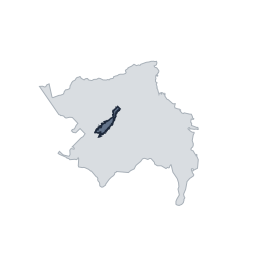 San José Del Guaviare, Guaviare, Colombia (highlighted), rotated 135°
{"feature_id": "7082276B34884302801431", "entity_name": "San José Del Guaviare", "entity_type": "district", "adm_level": 2, "iso_a3": "COL", "parent_name": "Colombia", "parent_adm1": "Guaviare", "projection": "albers", "projection_center": [-71.872, 2.469], "detail": "fine", "context": "in_parent", "style": "filled", "palette": "slate", "viewbox_px": 256, "rotation_deg": 135, "n_neighbors": 0, "source": "geoboundaries", "source_scale": "gbopen_adm2", "svg_char_len": 8638}
<svg xmlns="http://www.w3.org/2000/svg" viewBox="0 0 256 256"><g transform="rotate(135 128 128)"><path d="M146.0,42.2L143.6,43.2L139.0,44.4L135.8,49.5L133.6,50.4L131.0,53.5L129.0,57.3L127.5,65.0L123.5,71.5L123.8,71.8L125.4,71.5L126.9,70.8L127.4,71.0L128.0,72.2L129.8,72.5L131.2,77.8L133.9,80.5L134.2,81.5L134.6,83.7L133.6,85.1L133.3,90.0L134.2,91.2L136.2,91.7L137.6,94.7L138.5,95.4L139.7,95.9L142.7,95.4L148.1,95.9L149.4,95.8L152.5,94.7L156.3,96.0L159.2,96.2L166.9,105.4L167.7,105.1L168.7,105.7L170.6,104.7L172.3,104.6L174.5,105.0L177.5,105.0L183.3,104.1L184.2,103.5L187.4,104.0L188.4,104.7L188.9,106.4L188.5,107.5L187.4,108.6L186.7,109.9L186.6,111.6L186.1,112.8L185.0,113.6L184.6,114.8L184.9,116.3L184.3,123.3L184.8,123.8L185.1,126.7L186.5,130.4L187.1,131.4L188.3,132.3L190.4,135.3L189.9,136.4L184.6,141.1L184.3,142.2L185.4,141.8L187.0,142.2L187.6,143.4L191.5,146.7L191.5,148.0L192.6,150.4L192.4,151.0L195.2,158.1L195.3,159.6L193.0,160.0L192.9,155.3L192.6,154.3L190.0,150.1L189.5,149.7L187.7,150.2L184.9,153.4L183.5,153.8L182.5,153.4L181.4,151.5L180.7,151.2L180.0,152.8L180.9,154.1L168.2,154.2L165.7,153.6L162.4,154.3L162.3,161.5L168.3,161.6L170.0,163.7L169.8,165.3L170.1,165.9L168.6,166.3L166.5,165.2L162.8,166.5L160.1,166.8L159.9,174.8L161.6,176.8L164.8,178.9L165.2,180.3L165.0,181.7L165.8,183.4L166.8,184.3L166.8,185.3L167.4,186.4L161.2,220.0L158.9,218.0L158.1,216.1L157.0,215.4L154.9,215.9L152.6,215.0L159.9,203.6L159.7,202.6L153.5,199.8L152.9,199.1L150.0,197.7L148.4,198.1L147.4,198.8L145.2,199.1L143.4,197.8L141.3,197.1L138.7,199.0L137.9,199.0L136.1,199.8L134.1,200.1L131.6,199.3L129.5,199.8L128.1,199.7L127.5,199.1L125.7,198.4L125.5,197.7L126.0,196.3L125.2,193.5L124.9,193.0L123.5,193.0L121.9,192.0L121.6,191.4L121.9,190.2L121.6,189.3L120.0,187.1L117.8,186.5L115.7,184.6L113.6,184.0L112.6,182.6L111.7,179.7L109.5,177.3L107.9,176.5L107.4,175.4L105.8,175.3L103.7,173.8L102.7,173.7L102.1,174.4L100.1,173.6L98.4,172.5L96.6,172.2L95.5,171.5L93.4,169.4L91.2,168.3L89.9,168.7L89.4,170.3L88.7,170.6L86.1,170.1L85.6,170.5L85.0,170.4L81.8,169.2L78.7,168.8L77.9,166.1L75.9,165.1L75.3,163.8L73.9,164.0L68.6,161.5L66.4,159.8L64.5,158.8L62.5,156.9L62.2,156.1L60.7,155.0L61.5,153.6L63.3,152.6L65.7,153.4L66.0,151.7L65.1,150.3L65.6,146.9L66.2,146.2L67.5,145.5L68.3,145.8L68.8,145.3L70.8,145.5L71.4,145.3L72.9,144.0L73.5,142.9L74.2,143.0L75.8,141.2L75.5,139.4L77.0,139.0L78.6,136.1L79.3,136.0L79.6,134.6L82.4,129.8L81.4,130.3L80.3,130.0L80.5,128.4L80.2,128.2L79.3,129.4L78.5,128.1L78.7,126.1L77.5,126.4L77.6,126.0L79.4,124.4L80.1,120.8L79.5,119.5L79.2,114.1L78.9,113.1L77.4,111.8L79.8,110.3L80.6,109.1L79.5,106.7L78.2,104.7L78.1,103.5L79.0,103.6L79.3,100.3L78.5,99.0L77.6,99.0L74.5,94.1L73.5,93.0L74.3,90.7L75.2,89.6L75.0,87.9L75.7,87.9L77.0,89.6L77.5,89.3L79.6,87.8L79.6,86.4L81.3,84.9L79.0,79.8L78.2,79.1L79.2,77.4L79.7,77.5L80.6,79.1L82.0,80.1L84.2,83.0L85.1,83.6L84.4,84.2L84.3,84.9L84.6,85.2L85.8,85.3L86.3,84.6L86.0,81.2L85.5,79.5L84.4,78.3L84.7,77.7L86.9,76.9L91.5,73.7L93.0,70.7L94.2,69.6L95.6,68.9L97.2,69.0L98.5,68.6L98.9,67.7L98.1,65.6L99.0,62.7L99.0,61.2L99.6,60.3L99.4,60.0L97.8,61.0L99.5,59.0L100.7,55.9L107.3,50.4L111.6,51.8L112.9,51.7L111.1,52.4L110.9,53.2L111.5,54.0L112.1,54.2L112.7,53.7L114.2,50.5L114.4,48.7L115.0,48.1L115.9,47.9L120.1,48.7L124.1,48.4L130.6,43.9L135.5,41.9L136.7,40.1L137.0,38.7L137.9,38.1L138.9,38.1L139.4,37.4L141.7,36.1L144.1,36.0L146.6,37.1L147.8,38.9L148.0,40.2L146.0,42.2ZM70.9,144.9L70.6,145.2L70.0,144.7L69.8,144.2L70.1,143.8L70.6,143.9L70.9,144.9Z" fill="#d9dde1" stroke="#a8b0b8" stroke-width="1"/><path d="M148.7,141.3L148.4,141.4L148.1,141.1L148.1,141.3L147.9,141.4L147.6,141.1L147.2,141.3L147.1,141.5L146.9,141.5L146.8,141.3L146.7,141.3L146.4,141.5L146.3,141.4L146.2,140.9L145.9,141.0L146.0,141.2L145.8,141.6L145.6,141.6L145.6,141.3L145.4,141.2L145.3,141.3L145.3,141.8L144.5,141.1L144.4,141.2L144.5,141.6L144.4,141.7L144.1,141.5L143.8,141.4L143.7,141.4L143.6,141.6L143.1,141.4L143.3,141.7L143.2,141.8L142.8,141.7L142.6,141.8L142.6,142.0L142.4,142.0L142.1,142.0L142.3,141.6L142.3,141.4L142.0,141.5L141.9,141.8L141.5,141.6L141.4,141.3L141.2,141.2L141.1,141.3L141.2,141.7L141.0,142.0L140.9,142.0L140.9,141.5L140.5,141.4L140.2,141.5L140.5,141.5L140.4,141.8L140.1,141.8L139.5,141.9L139.0,141.9L138.7,142.2L138.5,141.9L137.9,142.1L137.6,142.0L137.4,141.8L137.3,141.4L137.1,141.3L136.9,141.5L136.4,141.4L136.3,141.5L136.2,141.8L136.3,142.1L136.5,142.3L136.4,142.6L136.1,142.5L135.8,142.0L135.7,142.0L135.6,142.4L135.4,142.5L135.1,142.3L134.8,142.3L134.6,142.5L134.3,142.9L134.0,143.1L133.7,142.9L133.3,143.0L133.4,143.3L133.3,143.5L132.9,143.5L132.6,143.3L132.6,143.5L132.3,143.6L132.2,143.6L132.4,143.8L132.0,144.0L132.1,144.5L131.9,144.6L131.9,144.2L131.7,144.2L131.4,144.4L131.4,144.7L131.3,144.8L131.2,144.7L131.1,144.4L131.0,144.2L130.8,144.3L130.6,144.6L130.3,144.8L130.1,144.8L129.8,144.6L129.7,144.3L128.9,144.7L128.6,144.9L128.3,144.9L128.3,145.2L128.0,145.3L127.9,145.5L128.0,145.6L128.3,145.8L128.2,146.0L127.9,145.8L127.8,146.1L127.6,146.1L127.1,146.5L127.0,146.3L126.9,146.4L126.7,146.4L126.2,146.9L126.1,146.6L125.9,146.7L126.1,146.8L125.6,147.1L125.6,146.7L125.2,146.9L125.1,146.7L125.0,146.8L124.5,146.9L124.5,147.0L124.8,147.0L124.8,147.3L124.5,147.1L124.1,147.4L123.9,147.1L123.7,147.2L123.8,147.3L123.5,147.5L123.5,147.4L123.6,147.2L123.3,147.1L123.3,147.5L123.1,147.5L123.1,147.2L122.9,147.1L122.7,147.5L122.6,147.4L122.7,147.1L122.6,146.8L122.4,146.9L122.5,147.2L122.5,147.3L122.4,147.3L122.3,147.2L122.2,147.1L121.9,147.1L121.9,147.4L121.7,147.4L121.8,147.2L121.6,146.8L121.1,147.2L121.0,146.8L120.6,146.9L120.4,147.1L120.7,147.3L120.4,147.5L120.5,147.8L120.3,148.0L120.1,147.8L120.1,150.4L120.4,150.3L120.8,150.4L121.2,150.4L121.3,150.6L121.7,150.7L121.7,150.8L121.8,151.0L121.9,150.9L121.9,150.7L122.3,150.6L122.5,150.3L122.9,150.3L123.9,150.4L124.0,150.5L124.3,150.8L124.9,150.6L125.1,150.6L125.4,150.6L125.5,150.3L125.6,150.2L125.8,150.3L125.8,150.6L126.0,150.6L126.2,150.9L126.9,150.5L127.3,150.1L127.2,149.8L127.6,149.4L127.5,149.1L127.8,148.9L128.0,148.3L128.6,148.2L128.8,147.9L129.2,148.0L129.4,148.2L129.5,148.1L129.7,147.8L129.7,147.6L129.8,147.5L130.0,146.8L130.1,146.4L130.3,146.3L130.5,146.4L131.5,146.4L132.2,146.6L132.3,146.6L132.5,146.6L133.1,146.8L133.3,147.0L136.2,147.0L136.3,147.2L136.5,147.2L136.7,147.4L137.4,147.3L137.7,147.4L137.7,147.6L137.8,147.7L137.9,148.0L138.1,147.9L137.9,147.8L138.2,147.7L138.3,148.0L138.6,148.0L138.8,148.3L139.2,148.7L139.6,148.9L139.8,148.8L139.9,148.7L140.1,148.9L140.1,148.7L139.9,148.6L140.1,148.4L140.3,148.6L140.4,148.4L140.2,148.0L140.3,148.0L140.5,148.3L140.8,148.0L140.7,147.7L140.9,147.7L141.0,148.1L141.4,148.2L141.6,148.5L141.9,148.4L142.3,148.5L142.3,148.8L142.5,149.1L142.8,148.9L142.8,149.3L143.0,149.5L143.1,149.4L143.1,149.6L143.5,149.8L143.6,149.6L143.3,149.5L143.3,149.4L143.5,149.3L143.6,149.5L143.7,149.4L143.7,149.1L143.5,148.6L143.8,148.6L144.6,148.7L144.8,148.5L145.0,148.6L145.0,148.4L145.2,148.1L145.5,148.0L145.6,147.9L145.7,148.0L145.7,147.8L145.8,148.1L145.9,147.9L146.0,147.7L146.4,147.6L146.5,147.4L146.8,147.3L147.0,147.5L146.9,147.5L147.0,147.7L146.7,148.0L147.0,148.4L146.8,148.6L147.0,148.8L147.0,149.2L147.2,148.9L147.2,148.7L147.7,149.0L147.4,149.0L147.7,149.2L147.8,149.0L147.7,148.8L147.8,148.7L147.7,148.6L147.9,148.6L148.1,148.8L148.3,148.8L148.3,148.7L148.5,148.7L148.6,148.9L148.7,148.7L148.7,149.3L148.9,149.2L149.1,148.9L149.3,149.1L149.5,149.1L149.2,148.9L149.1,148.7L149.5,148.5L149.4,148.7L149.7,148.8L150.2,148.7L150.3,149.0L150.7,149.0L150.8,149.0L150.8,149.4L151.0,149.4L151.0,149.2L151.3,149.2L151.3,148.9L151.6,148.8L151.5,149.0L151.8,149.0L151.7,148.8L151.9,148.9L152.0,149.0L152.2,148.8L152.4,148.8L152.5,148.9L152.7,148.7L152.8,148.7L153.0,148.5L152.9,148.4L153.0,148.3L153.2,148.2L153.5,148.4L153.5,148.5L153.3,148.5L154.1,148.4L154.0,148.1L154.3,148.3L154.5,148.3L154.7,148.1L154.6,147.9L154.3,147.8L154.2,147.9L153.7,147.6L153.6,147.3L153.1,146.5L153.1,146.2L152.9,146.1L152.8,145.9L152.5,145.7L152.4,145.5L152.4,145.2L152.1,145.1L151.9,145.3L151.5,145.2L151.4,144.9L151.2,144.8L150.8,144.9L150.7,144.8L150.4,144.8L150.2,144.4L155.1,142.4L154.2,141.8L153.9,142.3L153.7,142.1L153.6,141.7L153.4,141.6L153.6,142.0L153.4,142.5L153.1,142.5L152.8,142.9L152.7,142.8L152.7,142.5L152.6,142.3L152.3,142.6L151.7,142.7L151.9,142.4L151.7,142.1L151.3,142.2L151.0,142.5L151.0,142.4L151.2,142.0L151.2,141.9L150.9,141.7L151.0,142.2L150.8,142.3L150.7,142.1L150.6,141.7L150.3,141.6L150.2,141.8L150.4,142.1L150.3,142.4L150.2,142.4L150.0,142.2L150.1,141.8L149.7,141.9L149.5,141.6L149.3,141.7L148.9,141.7L148.9,141.4L148.7,141.3Z" fill="#64748b" stroke="#1e293b" stroke-width="1.5"/></g></svg>